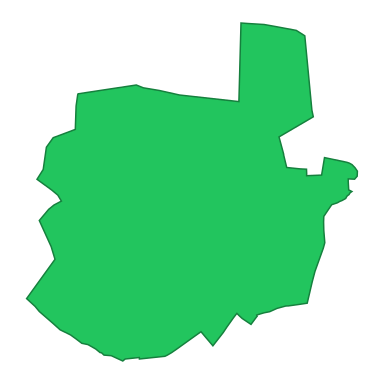 outline of Katsina, Katsina, Nigeria
{"feature_id": "59680162B91304502238334", "entity_name": "Katsina", "entity_type": "district", "adm_level": 2, "iso_a3": "NGA", "parent_name": "Nigeria", "parent_adm1": "Katsina", "projection": "mercator", "projection_center": [7.634, 13.019], "detail": "fine", "context": "isolated", "style": "filled", "palette": "green", "viewbox_px": 384, "rotation_deg": 0, "n_neighbors": 0, "source": "geoboundaries", "source_scale": "gbopen_adm2", "svg_char_len": 1497}
<svg xmlns="http://www.w3.org/2000/svg" viewBox="0 0 384 384"><path d="M26.6,298.6L35.1,306.4L39.3,311.5L53.0,323.4L60.1,329.8L70.5,334.9L76.3,339.1L81.8,343.3L88.0,344.6L95.7,349.0L100.1,352.6L101.4,352.7L104.0,355.1L111.3,355.7L122.8,361.0L125.2,359.0L139.3,357.5L139.4,359.0L148.7,358.0L164.9,356.3L167.2,355.2L171.5,352.7L177.4,348.6L189.1,340.2L201.0,331.7L205.6,337.2L212.9,345.8L223.2,332.6L226.7,327.3L231.2,321.0L233.3,318.0L235.9,314.6L236.9,313.4L239.4,315.9L242.2,318.5L251.0,324.4L256.8,316.6L257.1,316.4L256.7,315.1L260.0,314.0L264.1,312.8L269.7,311.7L277.0,308.4L285.8,306.0L288.4,305.9L298.5,304.5L307.2,303.2L309.7,292.6L310.6,288.7L312.2,281.9L315.0,271.3L323.3,248.2L324.8,242.7L323.8,230.5L323.6,221.9L323.8,216.4L327.4,211.0L331.7,204.7L337.4,202.8L339.8,201.4L341.9,200.6L345.7,198.5L346.4,197.1L347.3,195.8L349.0,194.6L350.0,192.9L351.9,191.5L348.7,189.9L348.2,181.0L348.3,178.9L354.6,179.2L357.2,176.2L357.4,171.2L355.0,167.7L352.0,164.6L349.3,163.1L346.9,162.3L324.5,157.6L321.6,175.1L306.6,175.7L306.7,173.9L306.5,169.2L300.3,168.9L286.7,167.5L283.6,154.7L283.7,154.3L279.0,136.9L313.3,116.8L311.9,110.2L304.8,35.8L296.3,30.4L274.8,26.4L264.1,24.5L247.8,23.5L241.0,23.0L238.9,101.6L179.5,95.0L159.4,90.5L143.3,87.8L136.3,85.0L78.1,93.8L77.7,94.7L76.1,106.0L75.3,129.4L53.2,137.7L46.4,147.2L43.2,169.5L37.0,179.3L51.8,190.1L57.8,195.1L61.4,201.1L54.0,205.0L48.7,209.3L39.3,220.5L51.2,246.7L55.0,259.3L26.6,298.6Z" fill="#22c55e" stroke="#15803d" stroke-width="1.5"/></svg>